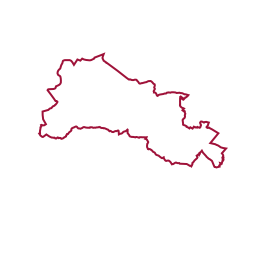 the district of Hamcearca, Tulcea, Romania, rotated 313°
{"feature_id": "2599482B65453022106945", "entity_name": "Hamcearca", "entity_type": "district", "adm_level": 2, "iso_a3": "ROU", "parent_name": "Romania", "parent_adm1": "Tulcea", "projection": "natural_earth1", "projection_center": [28.38, 45.133], "detail": "fine", "context": "isolated", "style": "outline", "palette": "rose", "viewbox_px": 256, "rotation_deg": 313, "n_neighbors": 0, "source": "geoboundaries", "source_scale": "gbopen_adm2", "svg_char_len": 5870}
<svg xmlns="http://www.w3.org/2000/svg" viewBox="0 0 256 256"><g transform="rotate(313 128 128)"><path d="M129.1,36.1L127.4,36.8L125.7,37.7L125.1,37.9L123.6,37.7L122.1,37.9L120.9,38.4L119.8,39.3L119.2,40.7L119.6,43.0L119.4,43.6L118.3,45.1L117.0,46.5L115.4,47.9L114.3,48.3L112.9,48.3L111.1,47.7L109.3,46.9L108.2,47.6L107.4,47.7L106.7,47.5L105.7,46.9L102.3,43.6L101.5,43.2L100.8,43.4L99.9,48.7L98.9,53.9L98.3,56.6L99.0,57.3L99.1,58.4L98.8,58.7L97.3,59.0L95.6,59.1L95.1,58.9L94.4,59.0L93.6,58.8L93.0,58.4L91.7,58.3L90.3,58.4L89.2,57.7L88.5,57.5L86.9,57.4L81.8,54.3L79.3,56.7L76.5,60.0L74.8,65.4L73.6,65.1L72.7,64.8L71.7,63.7L71.4,62.7L70.8,62.4L70.2,63.4L69.8,63.6L68.8,63.5L68.4,64.0L65.6,65.8L64.1,67.3L63.4,66.9L62.8,69.1L63.0,71.2L63.2,71.6L63.7,72.0L67.6,72.7L68.2,76.4L68.9,78.6L69.9,79.8L70.2,80.4L70.8,80.8L70.9,81.4L70.8,81.9L71.3,82.6L71.9,82.8L73.0,82.9L73.3,83.3L73.3,84.2L74.3,84.9L74.7,85.5L74.7,86.2L74.6,86.6L74.8,86.8L75.2,86.9L75.6,87.3L76.7,87.7L77.1,87.6L79.6,88.4L80.4,87.8L81.8,87.9L82.1,87.6L82.8,88.2L84.6,87.9L86.8,88.3L87.8,88.1L88.2,87.6L88.7,87.3L89.6,87.2L90.1,87.5L91.0,87.7L91.4,88.0L93.3,88.7L93.9,89.3L94.0,90.1L93.8,90.9L93.8,91.9L94.6,92.9L95.0,93.7L96.8,94.5L97.9,94.7L98.6,95.1L98.9,95.5L99.6,96.9L100.6,98.2L102.1,99.9L102.7,99.8L103.8,101.0L104.0,101.2L104.4,102.4L105.3,103.1L106.0,104.0L106.8,104.4L107.0,104.7L108.4,105.9L109.1,106.2L109.3,106.9L109.6,107.1L109.6,107.8L110.2,109.0L111.0,109.7L111.1,110.3L111.7,110.8L112.0,111.3L112.0,111.6L112.6,113.0L112.7,113.6L113.2,114.6L113.2,114.9L113.1,115.0L113.0,115.7L113.1,116.7L113.6,116.8L114.0,117.3L114.2,118.8L114.4,119.3L115.0,120.0L116.8,120.7L117.3,121.0L117.7,121.6L119.2,122.3L119.5,122.6L119.5,123.0L119.4,123.2L117.1,125.7L118.6,126.3L119.3,126.9L120.0,127.2L120.7,127.3L121.6,127.2L122.8,127.6L124.0,128.4L124.7,128.6L126.5,128.7L126.5,128.9L124.5,130.7L124.0,131.2L123.9,131.9L123.8,132.6L123.6,133.7L123.2,134.6L123.2,135.2L124.0,136.8L124.7,137.5L124.9,137.9L125.3,138.2L125.5,138.6L126.2,139.8L126.9,140.0L127.2,140.3L127.7,141.2L128.0,141.6L128.2,142.3L128.5,142.8L129.3,142.9L132.4,146.3L132.6,146.7L133.9,147.9L133.4,148.1L131.9,148.1L132.3,149.0L132.3,150.0L131.5,152.4L130.1,152.9L129.5,152.9L128.8,153.5L128.4,153.7L127.1,154.9L126.8,155.8L126.4,156.5L126.2,156.9L126.4,157.5L127.0,157.7L127.1,157.8L127.7,159.0L127.7,159.7L127.9,160.1L127.8,160.7L127.9,161.1L127.7,162.8L128.2,164.0L128.2,164.4L127.9,165.5L127.7,166.0L127.6,166.6L127.9,167.6L128.3,168.4L128.7,169.4L128.7,170.7L129.0,173.1L129.2,173.5L129.7,173.9L130.4,173.9L130.9,174.1L130.5,174.6L130.2,175.2L129.8,176.6L129.7,177.8L130.0,178.4L130.7,178.8L131.7,179.7L132.0,180.3L132.1,182.1L131.4,184.9L132.1,185.2L132.4,185.6L135.0,186.3L135.6,186.9L135.9,187.9L136.8,189.0L137.3,189.4L137.2,190.2L141.6,195.4L141.9,196.1L142.5,199.0L142.8,199.1L143.0,199.4L143.1,200.5L145.2,199.9L146.1,199.3L146.2,199.0L146.8,198.9L147.6,199.1L149.6,198.8L153.0,199.1L153.9,198.8L154.6,197.1L155.4,197.3L157.1,197.5L156.8,198.4L158.2,198.1L158.5,197.3L160.2,197.6L161.8,197.5L161.1,199.5L160.7,204.4L160.5,205.1L160.6,206.9L160.5,207.4L160.6,208.1L160.9,209.0L161.2,211.6L161.1,212.1L158.6,217.6L158.6,218.0L159.1,218.5L159.4,219.5L162.2,221.3L162.6,220.5L163.0,220.6L163.2,220.3L163.9,220.3L164.5,220.6L165.2,219.3L165.9,220.8L168.2,219.6L168.5,219.6L168.7,219.8L169.6,219.6L169.3,218.9L170.4,218.2L170.6,218.5L170.8,218.5L171.5,218.0L170.9,217.2L172.4,216.7L173.0,216.2L173.3,215.2L173.5,213.9L179.9,213.7L178.3,211.3L177.3,209.4L177.0,208.6L177.0,207.7L176.5,205.3L176.0,204.3L175.7,203.0L173.1,198.5L185.8,197.7L184.3,190.3L183.7,188.2L183.6,187.1L182.5,186.4L182.2,185.8L182.1,185.0L182.2,184.8L183.0,184.7L184.0,184.8L186.1,183.8L187.1,183.4L185.8,181.0L184.6,180.0L184.1,180.0L183.8,179.9L183.4,178.3L182.6,177.0L181.9,176.9L180.9,177.2L180.7,177.7L180.3,178.4L180.2,178.9L179.8,179.5L178.7,179.9L178.4,180.2L177.1,180.3L176.6,179.2L176.3,178.9L176.1,178.1L175.3,178.2L174.8,177.0L174.2,176.8L173.9,175.3L171.6,175.6L171.0,173.1L169.6,173.2L169.3,171.4L168.8,170.1L169.2,169.8L169.1,169.2L168.7,167.8L168.3,167.1L168.0,166.0L168.7,165.4L171.1,162.5L171.9,162.5L172.5,162.2L173.6,162.5L174.3,162.4L175.5,161.7L176.1,160.8L177.5,160.2L178.3,158.5L178.8,158.3L179.0,157.9L178.8,157.3L178.3,157.1L178.3,156.7L178.1,156.3L178.1,155.7L180.4,155.7L180.2,155.1L180.1,154.6L179.6,153.7L179.5,151.6L179.8,151.3L179.9,150.7L180.3,150.3L181.0,149.9L181.0,149.7L182.0,148.9L182.2,148.6L185.2,145.9L186.1,145.3L186.3,145.0L187.0,145.1L187.0,146.2L187.2,147.1L186.0,147.2L186.2,147.8L186.7,147.9L186.6,147.6L187.2,147.6L187.3,148.3L186.6,148.4L186.6,148.8L186.4,149.0L186.5,149.2L188.7,149.2L189.3,149.1L189.6,149.4L191.8,149.8L193.2,149.7L192.0,147.3L191.2,146.4L190.5,144.1L189.9,143.2L189.4,142.7L189.0,141.7L186.8,139.7L186.3,138.4L184.9,136.6L183.6,135.3L182.7,134.9L182.4,134.3L181.9,133.8L181.8,133.5L180.8,132.8L180.7,132.6L180.2,132.3L179.2,132.3L178.1,131.2L176.9,130.6L174.2,128.5L173.1,127.9L172.4,127.7L171.7,127.8L171.5,127.4L171.6,126.7L172.3,125.3L172.5,124.2L172.3,123.5L171.7,122.8L172.0,122.6L172.3,121.8L172.6,121.6L174.7,121.1L175.0,120.9L175.4,119.7L175.5,119.5L176.9,118.9L177.5,118.5L178.1,117.7L177.8,116.7L177.8,116.1L178.0,114.8L178.0,113.3L177.7,112.4L176.1,110.9L174.0,110.1L173.1,109.4L170.5,107.8L169.9,107.2L169.1,106.9L168.5,106.3L168.3,105.7L168.4,105.2L168.8,103.8L168.7,103.1L169.0,101.5L168.9,101.1L168.1,100.1L166.9,99.4L166.1,98.6L165.6,97.9L165.2,96.7L164.9,96.5L164.8,96.2L163.8,96.2L164.1,96.1L163.7,92.8L162.7,81.3L161.1,67.5L160.9,67.5L160.9,66.0L160.6,64.3L161.2,63.0L161.4,62.2L161.9,61.5L163.6,60.6L165.5,59.8L161.3,57.8L156.6,55.5L155.7,55.9L152.7,54.8L151.5,54.0L149.2,51.0L148.0,48.9L147.5,47.2L144.8,47.2L143.6,44.3L137.3,45.4L138.1,42.7L138.4,40.7L137.9,39.1L134.5,35.5L133.3,34.8L132.6,34.7L130.4,35.9L129.1,36.1Z" fill="none" stroke="#9f1239" stroke-width="2"/></g></svg>